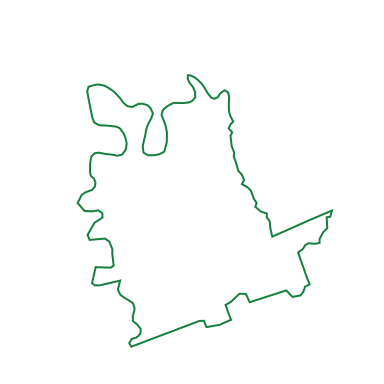 Veranópolis, Rio Grande do Sul, Brazil (Equal Earth projection), rotated 160°
{"feature_id": "56859067B2457247934767", "entity_name": "Veranópolis", "entity_type": "district", "adm_level": 2, "iso_a3": "BRA", "parent_name": "Brazil", "parent_adm1": "Rio Grande do Sul", "projection": "equal_earth", "projection_center": [-51.552, -28.98], "detail": "fine", "context": "isolated", "style": "outline", "palette": "green", "viewbox_px": 384, "rotation_deg": 160, "n_neighbors": 0, "source": "geoboundaries", "source_scale": "gbopen_adm2", "svg_char_len": 2405}
<svg xmlns="http://www.w3.org/2000/svg" viewBox="0 0 384 384"><g transform="rotate(160 192 192)"><path d="M302.0,67.4L229.2,68.3L224.9,66.9L224.6,60.1L211.3,57.7L207.3,58.1L199.1,58.5L199.1,74.4L192.9,75.5L182.1,80.2L176.2,77.7L175.5,68.7L137.1,67.3L133.4,59.0L129.9,58.5L125.6,57.7L121.4,60.2L118.1,64.4L113.0,65.0L113.3,71.7L113.0,98.9L107.5,100.4L103.5,103.5L100.1,104.0L93.7,101.1L89.5,100.6L88.3,104.1L82.7,109.2L77.2,111.8L74.1,122.2L70.6,121.4L66.9,126.7L89.1,125.5L131.8,122.6L131.0,130.1L129.0,138.2L130.4,142.5L129.0,146.2L134.1,150.2L137.5,156.4L135.0,159.7L136.2,164.1L136.2,168.6L136.2,173.1L138.1,177.2L142.4,182.4L138.9,185.5L139.2,191.1L141.2,195.8L140.6,205.1L140.7,210.9L138.9,214.5L139.0,221.5L136.6,231.6L133.8,234.3L135.8,239.3L132.3,242.7L129.2,243.9L130.0,250.5L129.5,255.7L127.2,262.4L124.4,269.0L124.1,273.4L126.6,276.4L131.5,275.1L135.5,272.2L139.2,271.9L141.7,274.3L143.4,279.2L145.3,289.0L147.8,294.7L150.2,298.7L153.2,301.8L156.0,303.1L157.4,299.6L156.8,295.1L155.2,290.2L154.9,285.0L156.6,279.8L160.4,277.6L163.9,277.2L169.6,278.5L178.5,281.9L182.5,281.7L186.8,280.8L191.4,278.9L194.3,274.7L194.0,264.5L195.1,256.8L198.6,247.5L204.3,239.3L209.7,238.7L213.6,239.1L220.5,241.4L224.1,245.5L222.6,252.0L219.4,257.0L216.5,261.4L213.7,266.2L211.2,269.5L207.9,272.7L205.2,275.1L201.9,279.0L202.3,285.2L204.3,289.0L208.3,291.9L211.9,293.1L215.9,292.7L218.8,292.3L223.2,294.6L226.0,299.3L227.4,304.4L229.7,310.1L231.4,313.7L234.5,317.9L237.7,321.7L243.3,325.1L246.8,325.9L253.2,326.3L256.0,322.6L257.1,316.2L258.2,309.3L259.0,304.5L259.6,300.1L260.2,295.4L260.1,290.8L256.4,286.5L249.5,283.6L243.9,280.9L240.3,279.0L237.9,276.3L236.4,271.1L236.0,266.6L236.7,260.1L239.5,254.7L244.7,251.1L249.7,251.6L254.8,254.7L260.1,257.2L266.3,260.9L270.1,261.7L274.2,259.9L276.2,257.0L278.3,252.8L280.9,245.9L281.6,241.8L279.5,237.9L279.5,233.7L281.3,230.4L285.3,228.1L288.7,228.1L292.8,228.1L296.8,226.9L303.2,220.8L299.5,210.9L292.6,208.0L286.4,206.8L283.5,202.8L284.8,198.6L294.1,196.5L304.8,187.4L304.6,182.0L289.7,178.0L286.7,173.7L286.4,165.4L288.0,161.4L290.8,149.6L294.2,148.7L308.2,154.3L317.1,140.6L315.4,137.6L311.0,135.9L289.9,133.3L295.0,125.7L294.5,119.9L291.6,115.7L287.8,110.9L285.5,107.6L285.6,102.8L287.1,99.7L289.8,96.2L291.7,91.2L288.9,86.4L287.0,81.0L288.7,76.9L291.7,75.0L294.5,74.2L298.9,74.6L302.7,71.4L302.0,67.4Z" fill="none" stroke="#15803d" stroke-width="2"/></g></svg>